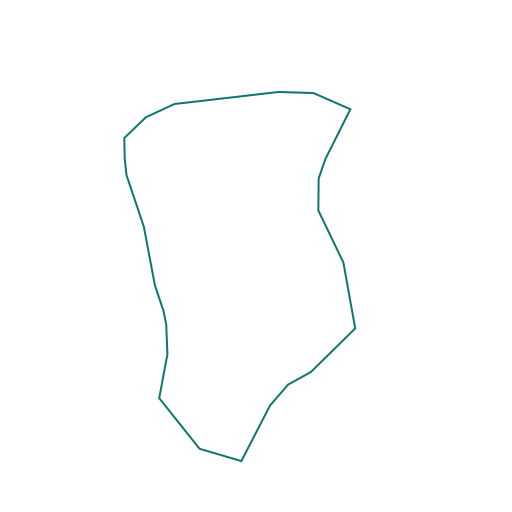 SVG path tracing the border of Sodražica, rotated 242°
{"feature_id": "SVN-248", "entity_name": "Sodražica", "entity_type": "Municipality", "adm_level": 1, "iso_a3": "SVN", "parent_name": "Slovenia", "parent_adm1": "", "projection": "natural_earth1", "projection_center": [14.618, 45.75], "detail": "fine", "context": "isolated", "style": "outline", "palette": "teal", "viewbox_px": 512, "rotation_deg": 242, "n_neighbors": 0, "source": "natural_earth", "source_scale": "10m", "svg_char_len": 465}
<svg xmlns="http://www.w3.org/2000/svg" viewBox="0 0 512 512"><g transform="rotate(242 256 256)"><path d="M112.2,115.7L175.9,103.8L210.9,131.7L237.7,144.6L251.2,148.6L277.7,153.0L334.4,170.7L388.1,179.6L403.6,185.8L422.0,195.1L430.2,223.9L428.5,255.4L390.3,352.8L372.9,383.2L341.3,408.2L308.9,362.6L295.0,347.7L266.9,332.4L209.2,330.1L145.5,309.6L127.8,250.0L127.4,224.0L117.4,198.2L81.8,146.8L112.2,115.7Z" fill="none" stroke="#0f766e" stroke-width="2"/></g></svg>